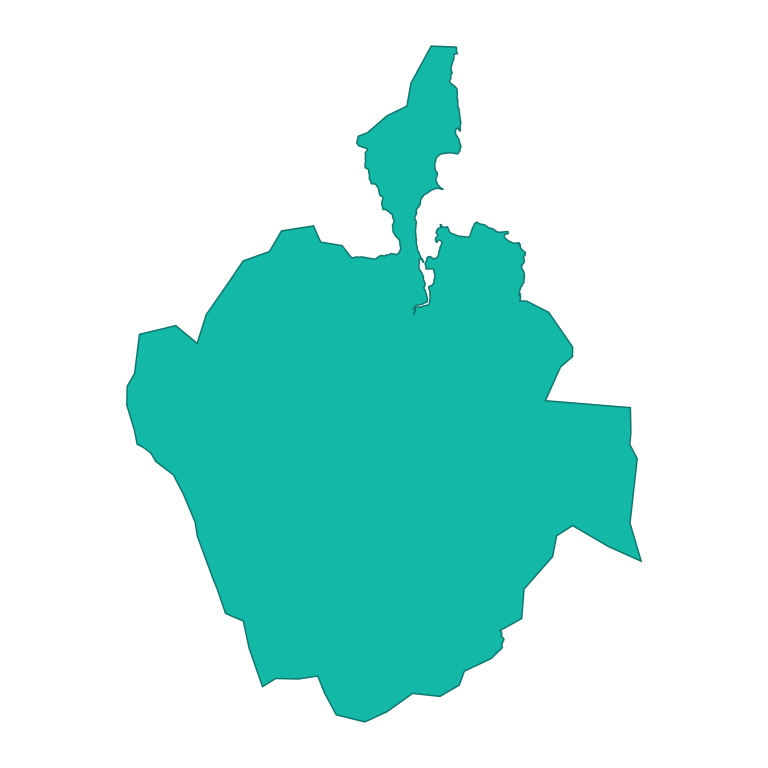 outline of Alag-Erdene, Hövsgöl, Mongolia
{"feature_id": "93677404B90786292035657", "entity_name": "Alag-Erdene", "entity_type": "district", "adm_level": 2, "iso_a3": "MNG", "parent_name": "Mongolia", "parent_adm1": "Hövsgöl", "projection": "albers", "projection_center": [100.216, 50.317], "detail": "fine", "context": "isolated", "style": "filled", "palette": "teal", "viewbox_px": 768, "rotation_deg": 0, "n_neighbors": 0, "source": "geoboundaries", "source_scale": "gbopen_adm2", "svg_char_len": 6088}
<svg xmlns="http://www.w3.org/2000/svg" viewBox="0 0 768 768"><path d="M456.2,47.1L431.2,46.1L410.9,83.3L406.9,106.1L387.0,115.8L367.5,132.7L358.3,136.3L356.7,143.1L358.1,144.7L358.5,145.7L363.4,147.5L365.2,147.7L365.9,148.3L367.2,148.6L367.4,149.0L367.3,150.0L365.2,153.0L365.2,153.8L365.6,155.9L365.3,158.3L365.6,160.6L365.5,161.9L365.0,164.2L365.2,167.8L366.7,168.3L368.3,169.5L368.6,170.1L368.8,170.8L368.8,172.9L369.2,173.8L369.5,175.8L369.3,177.2L369.4,179.1L370.8,181.1L371.1,183.4L371.3,183.7L374.7,184.0L375.8,184.4L378.3,188.1L379.7,194.9L380.0,195.4L381.8,196.4L383.0,197.7L382.9,198.7L381.9,201.6L382.0,202.4L381.8,204.1L382.4,206.9L383.1,209.6L385.4,209.4L386.1,209.7L387.2,210.7L388.6,211.5L390.6,213.5L392.3,214.4L392.7,217.6L393.1,218.6L393.8,219.3L394.1,220.1L393.6,223.0L392.4,225.3L393.0,228.4L393.0,231.2L393.4,232.4L395.6,236.1L397.9,238.5L399.2,239.4L399.4,239.8L399.5,241.1L399.9,242.4L400.1,245.6L400.5,246.6L400.6,247.7L400.5,249.6L399.1,252.4L397.4,254.5L390.8,253.6L388.4,255.2L386.4,254.9L386.1,255.5L385.1,255.6L384.3,256.1L381.5,255.4L378.9,256.4L375.5,259.0L373.9,259.0L361.6,256.9L359.0,257.3L356.3,256.9L353.3,257.8L352.1,257.7L351.1,257.3L342.1,245.6L320.7,242.1L313.5,225.9L281.5,230.9L269.4,251.6L243.2,260.9L230.1,280.3L206.2,314.7L197.2,343.4L175.7,325.6L139.5,334.3L134.6,373.4L127.2,386.3L126.8,405.1L134.5,430.5L137.2,444.3L142.8,447.1L148.1,450.9L151.2,453.5L155.7,461.4L173.4,474.9L183.3,493.9L195.2,522.2L197.3,536.0L213.5,580.0L217.0,588.4L225.6,613.5L243.3,621.0L249.2,648.5L262.5,686.6L275.7,678.5L298.4,679.0L317.8,676.0L324.7,693.3L336.3,714.9L364.9,721.9L387.0,711.7L412.6,693.4L439.9,696.4L459.3,685.1L464.3,671.2L491.2,658.5L502.4,647.6L501.8,645.9L501.8,644.5L502.8,641.7L503.8,639.9L503.9,639.0L501.8,636.6L501.5,635.7L501.4,635.0L501.8,633.8L501.8,633.1L500.9,631.2L499.9,630.6L521.7,618.5L524.0,589.1L552.6,556.6L556.6,535.8L572.6,525.6L608.7,546.7L641.2,561.2L630.0,523.1L637.2,458.7L629.8,444.5L630.9,432.7L630.4,407.7L545.4,400.7L560.5,367.0L572.5,356.6L572.6,347.0L548.7,312.3L526.5,301.1L519.8,300.9L520.5,298.0L520.5,296.3L519.5,295.8L519.0,295.1L519.2,294.6L520.5,294.6L520.5,294.1L519.3,293.3L519.8,290.1L520.5,288.4L520.6,287.2L521.7,286.3L522.3,284.6L523.8,282.6L524.1,279.0L524.5,277.5L524.3,276.6L523.7,276.1L523.9,275.2L524.5,274.8L524.1,274.1L523.9,272.3L523.0,270.6L522.5,269.2L521.6,268.2L521.3,267.3L522.1,265.9L521.7,265.3L521.7,264.7L523.6,263.4L524.3,261.2L524.3,260.4L524.0,259.8L524.0,259.0L523.4,257.1L523.8,256.2L524.7,255.7L525.1,255.2L525.2,253.6L525.4,252.7L525.3,252.3L524.2,251.9L523.6,251.0L521.2,248.9L520.5,247.5L520.4,246.5L519.9,245.9L520.2,244.5L519.1,244.5L519.6,243.9L518.9,242.7L515.3,243.3L512.9,243.0L508.6,241.0L504.8,237.8L504.2,236.6L504.4,235.7L505.2,234.3L505.9,233.8L507.3,234.1L508.1,233.4L508.1,232.0L507.5,231.5L500.2,232.3L498.0,232.1L496.4,231.4L492.7,228.7L488.6,227.8L484.7,224.9L479.8,223.9L477.0,222.3L476.0,222.4L474.6,223.7L473.7,226.0L472.5,228.0L469.8,236.1L469.0,237.1L468.3,237.2L458.2,236.0L451.0,233.2L450.2,232.6L449.6,231.9L448.8,229.7L448.0,228.4L447.6,227.0L446.8,226.8L445.7,227.5L442.6,227.0L441.8,226.3L441.4,224.9L440.3,224.6L440.2,225.0L440.8,226.9L440.5,227.4L440.1,227.8L438.0,228.4L437.7,229.3L436.7,230.5L436.1,233.0L437.5,234.2L437.8,235.0L437.4,236.1L435.7,238.1L435.4,239.2L436.1,242.0L436.4,242.3L437.1,242.1L438.1,240.4L439.3,240.0L440.4,240.4L441.8,242.1L441.7,244.1L440.0,247.4L439.8,249.5L438.9,251.6L438.8,253.5L437.9,256.1L437.1,257.4L436.3,258.1L434.1,258.7L433.3,258.8L430.1,256.5L428.3,256.8L427.1,257.8L426.5,260.9L425.1,263.5L425.1,264.2L426.1,266.6L425.9,268.7L426.9,269.0L432.8,268.8L433.5,269.3L434.0,271.0L434.8,274.9L434.8,278.2L434.0,279.7L434.0,282.3L432.6,284.7L431.1,285.8L429.3,286.3L428.6,287.3L429.1,289.4L430.0,291.3L429.9,293.8L430.2,297.1L429.1,304.4L427.9,305.1L423.4,305.9L422.1,307.0L421.1,306.9L420.5,307.2L419.7,306.8L417.7,307.3L415.7,306.9L415.4,307.1L415.0,308.1L415.4,310.4L415.4,311.4L414.1,313.2L414.0,314.1L413.7,314.1L413.8,313.1L414.9,311.6L415.0,310.9L415.0,310.6L413.9,309.5L413.8,308.9L414.4,307.2L415.4,306.1L416.6,305.3L422.0,304.3L424.6,302.9L426.6,302.3L427.1,301.7L427.4,298.5L426.8,295.7L425.9,293.3L425.5,291.2L424.9,289.7L424.0,288.4L423.9,287.6L424.6,286.7L424.7,285.5L425.1,284.6L424.9,282.9L424.0,280.7L423.6,280.4L423.3,279.2L423.5,276.7L423.4,276.0L422.6,275.3L421.7,272.6L419.8,270.1L418.9,268.1L418.9,265.5L419.4,262.4L419.0,260.8L419.0,259.9L419.9,259.1L420.7,259.2L422.1,260.1L422.6,260.9L422.7,261.8L423.3,262.2L423.5,262.1L423.6,261.7L422.1,259.0L420.6,257.0L419.9,255.6L418.8,252.1L417.7,250.7L417.4,249.8L417.3,246.9L416.4,244.6L416.4,244.0L416.2,243.6L416.4,239.7L415.9,237.7L416.0,237.7L416.0,235.7L415.6,232.8L415.5,229.2L415.9,226.7L415.9,224.9L416.4,222.8L416.2,221.6L415.0,219.0L414.7,217.6L415.3,216.1L416.6,213.5L416.3,211.1L416.4,209.6L419.5,205.8L420.4,203.5L420.4,201.3L421.0,199.4L421.7,197.9L424.5,194.5L426.8,193.4L431.7,190.0L435.7,188.5L438.4,188.3L442.0,189.3L442.8,189.3L442.8,188.9L440.7,187.9L437.7,184.6L437.3,183.8L437.2,183.0L436.1,181.0L435.8,179.8L435.9,178.7L436.7,176.9L437.4,174.2L437.2,172.6L435.3,170.4L434.8,166.0L434.7,164.7L435.1,162.4L435.8,160.3L436.1,158.3L439.3,154.9L441.8,153.7L449.4,152.8L451.9,152.9L457.5,153.9L458.1,153.4L458.3,152.4L459.7,151.6L459.8,150.5L460.9,146.4L460.9,146.0L459.5,142.7L459.4,140.8L459.1,140.0L457.3,136.6L456.1,135.0L455.6,133.5L455.4,130.9L455.9,129.6L456.7,128.5L457.2,128.2L458.3,129.0L458.7,128.5L459.4,128.7L460.0,129.9L459.0,129.7L459.1,130.0L459.6,130.9L460.2,130.9L460.4,130.3L460.1,128.4L460.1,126.9L460.8,122.8L460.1,119.1L460.1,117.2L459.5,114.9L459.6,113.4L459.1,111.4L459.0,109.3L458.8,108.3L457.9,106.5L457.7,105.2L457.8,100.8L457.5,99.0L457.0,97.6L457.4,94.7L457.1,89.8L456.8,88.7L454.6,86.1L451.3,83.8L450.0,82.4L449.6,81.4L449.7,80.4L450.9,78.6L450.8,76.7L450.9,75.1L451.4,74.0L452.2,73.1L452.1,72.1L451.6,71.4L451.2,70.3L451.1,69.2L451.2,67.0L452.4,62.6L453.8,58.9L454.0,54.8L455.1,53.9L456.9,53.8L457.4,53.2L456.3,50.6L456.6,48.2L456.2,47.1Z" fill="#14b8a6" stroke="#0f766e" stroke-width="1.5"/></svg>